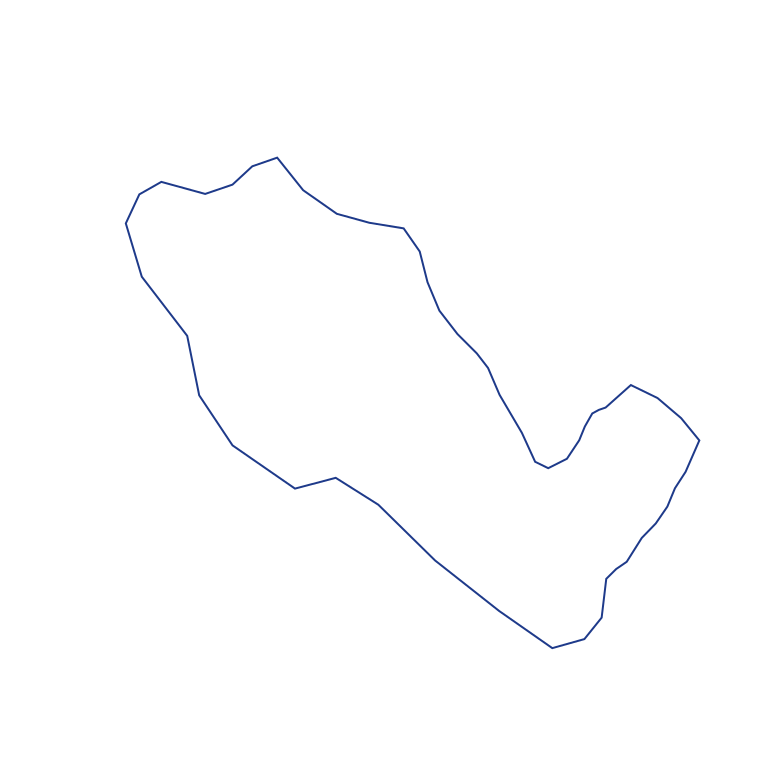 the border of Siirt, rotated 30°
{"feature_id": "TUR-3043", "entity_name": "Siirt", "entity_type": "Province", "adm_level": 1, "iso_a3": "TUR", "parent_name": "Turkey", "parent_adm1": "", "projection": "orthographic", "projection_center": [42.404, 37.927], "detail": "fine", "context": "isolated", "style": "outline", "palette": "blue", "viewbox_px": 768, "rotation_deg": 30, "n_neighbors": 0, "source": "natural_earth", "source_scale": "10m", "svg_char_len": 786}
<svg xmlns="http://www.w3.org/2000/svg" viewBox="0 0 768 768"><g transform="rotate(30 384 384)"><path d="M323.2,239.4L348.7,251.4L370.8,274.1L395.3,292.8L422.6,304.0L449.1,311.1L466.1,318.1L489.5,335.6L527.9,357.4L553.8,375.8L568.3,374.8L579.8,357.3L581.2,335.1L579.2,320.4L579.1,305.4L583.0,299.0L587.7,293.6L598.3,261.5L627.9,259.4L658.4,265.0L685.3,275.2L689.1,309.3L688.1,328.8L690.7,348.5L689.1,368.9L684.2,388.4L683.1,416.6L677.6,428.1L673.9,441.6L689.3,477.5L685.1,504.7L661.8,528.6L597.2,523.0L516.5,511.3L439.5,491.4L389.1,489.4L359.2,519.1L283.5,512.9L229.6,486.2L189.5,440.7L120.6,412.2L80.1,374.0L77.3,342.1L90.1,320.3L134.1,308.8L153.1,287.1L161.1,261.3L178.3,241.4L217.1,256.6L258.1,260.2L290.7,251.7L323.2,239.4Z" fill="none" stroke="#1e3a8a" stroke-width="2"/></g></svg>